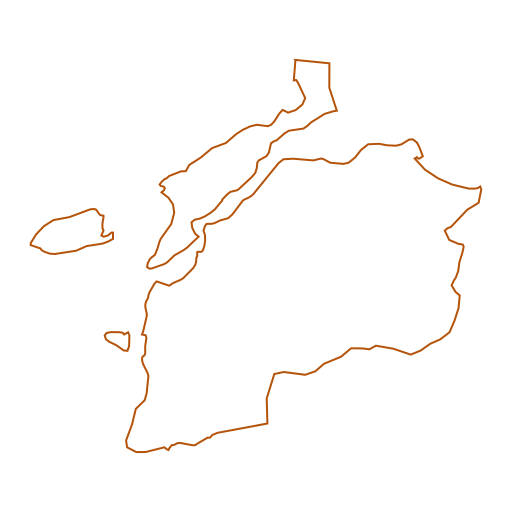 outline of Çanakkale
{"feature_id": "TUR-2239", "entity_name": "Çanakkale", "entity_type": "Province", "adm_level": 1, "iso_a3": "TUR", "parent_name": "Turkey", "parent_adm1": "", "projection": "equal_earth", "projection_center": [26.526, 40.093], "detail": "fine", "context": "isolated", "style": "outline", "palette": "amber", "viewbox_px": 512, "rotation_deg": 0, "n_neighbors": 0, "source": "natural_earth", "source_scale": "10m", "svg_char_len": 3631}
<svg xmlns="http://www.w3.org/2000/svg" viewBox="0 0 512 512"><path d="M267.4,423.5L217.6,432.8L212.3,435.0L209.9,437.7L207.5,437.7L197.1,443.8L195.2,445.2L192.4,445.2L179.9,442.9L177.4,443.2L174.3,444.8L171.8,445.2L169.6,447.8L169.2,448.4L168.5,450.0L166.9,449.4L164.4,447.3L145.7,452.0L136.3,452.1L127.1,447.3L126.1,440.5L132.1,424.2L135.8,408.9L144.7,400.2L146.7,393.0L148.4,375.9L147.4,372.6L143.0,363.9L142.0,359.9L142.3,357.1L143.3,356.1L144.4,355.4L145.2,353.6L145.2,346.1L146.4,338.0L145.6,335.2L142.0,334.5L143.3,330.9L146.9,315.4L146.7,313.5L145.4,307.5L145.3,304.6L145.9,301.9L148.1,297.7L148.5,295.1L149.5,292.3L154.5,283.6L156.6,281.4L169.2,285.7L172.9,283.2L180.8,279.7L183.3,278.1L193.3,268.0L195.4,264.5L196.1,261.9L196.3,257.9L197.2,256.0L197.3,254.8L197.1,253.4L197.1,252.2L197.9,251.8L200.5,251.9L201.7,251.6L202.7,250.6L204.2,246.7L205.1,241.1L205.0,235.2L203.5,230.6L205.0,226.1L206.2,224.2L207.8,223.8L210.8,223.9L214.1,223.3L220.2,220.4L228.1,218.2L232.4,214.4L242.9,200.5L245.0,199.2L247.0,198.4L250.2,196.7L253.2,194.3L278.4,163.3L283.3,159.3L293.0,158.7L313.3,160.4L321.3,158.5L323.9,159.3L330.1,162.7L343.5,163.9L348.6,162.7L355.2,157.4L360.9,150.1L368.1,144.3L379.1,143.8L387.1,145.3L396.1,145.7L401.3,144.4L409.3,139.5L412.9,139.4L416.8,142.4L419.2,146.8L422.8,156.2L419.6,158.5L418.0,158.5L416.9,157.2L416.5,157.6L414.7,158.5L424.9,169.6L438.0,178.3L452.0,184.5L468.7,188.6L475.3,188.6L477.8,188.1L480.2,186.5L481.3,189.3L478.6,202.8L467.3,209.7L451.0,226.9L447.4,228.3L444.8,230.6L449.2,239.9L458.5,243.9L462.7,244.5L463.7,246.6L462.4,252.6L459.3,262.6L458.3,270.8L455.7,277.9L454.0,280.2L451.6,285.4L455.7,292.1L459.7,295.4L458.6,308.0L454.5,320.7L449.5,332.3L440.2,339.4L430.2,343.8L420.8,350.5L410.7,354.6L393.3,348.7L375.9,345.7L369.4,349.3L362.1,348.4L351.1,348.3L341.1,356.7L324.1,363.7L315.3,371.3L305.2,374.8L283.8,372.0L274.3,374.0L266.7,398.5L267.4,423.5ZM336.8,110.7L333.6,111.2L324.6,113.9L311.0,122.4L307.5,125.8L303.4,128.6L288.9,130.7L284.5,133.4L276.9,140.1L273.6,141.5L271.0,143.3L268.9,152.5L266.4,156.2L258.8,160.4L257.3,162.7L256.8,167.9L255.3,172.9L251.8,177.0L238.9,189.0L237.2,190.2L230.3,191.9L227.2,194.4L222.3,199.5L222.2,200.7L221.0,201.9L214.9,209.3L210.6,212.8L205.2,216.2L199.6,218.7L194.7,219.7L191.5,222.3L192.3,228.0L195.2,233.8L198.6,236.6L187.3,247.4L183.8,250.0L174.4,255.4L167.3,262.2L164.4,264.0L151.9,268.4L149.4,268.7L147.1,267.0L147.7,263.3L149.6,259.6L151.0,257.9L154.9,254.9L157.5,248.4L159.4,241.9L160.7,238.9L171.3,223.9L174.2,212.8L173.0,204.4L168.5,197.8L161.5,192.3L164.0,190.2L164.8,188.2L163.7,186.6L160.7,185.9L159.6,184.5L161.8,181.6L164.9,178.9L166.4,178.5L169.1,176.0L181.2,171.3L185.8,171.2L189.3,164.9L201.0,157.4L212.1,148.1L225.9,143.0L236.3,134.0L243.0,129.7L250.4,126.3L256.8,124.8L267.8,126.2L271.1,124.8L274.3,121.4L279.2,113.7L282.6,109.9L288.1,112.6L295.6,110.1L302.3,104.6L305.2,98.1L298.0,82.8L296.1,80.0L293.8,80.4L293.9,78.9L295.4,60.8L295.1,59.9L329.4,63.3L329.3,87.7L336.8,110.7ZM113.0,232.6L113.0,238.9L107.8,241.7L102.5,243.6L86.6,246.1L76.2,250.7L54.9,254.0L50.0,253.7L44.3,251.7L41.6,250.1L40.4,248.4L30.7,245.1L30.7,243.1L36.2,234.3L43.9,226.2L53.4,220.1L69.4,217.1L89.8,209.5L92.7,209.0L95.6,209.3L97.1,210.8L98.4,213.0L100.2,215.1L103.5,215.7L103.5,217.8L102.9,220.4L102.4,224.3L102.5,228.2L103.5,230.6L101.4,235.5L103.7,236.7L108.0,235.4L111.5,232.6L113.0,232.6ZM124.1,334.5L128.1,332.3L129.4,335.3L129.1,346.1L127.5,350.8L123.8,350.5L116.1,345.1L109.1,341.7L106.0,339.3L104.7,335.5L106.5,333.0L110.8,332.1L119.3,332.2L120.8,332.5L121.9,332.5L122.9,332.9L124.1,334.5Z" fill="none" stroke="#b45309" stroke-width="2"/></svg>